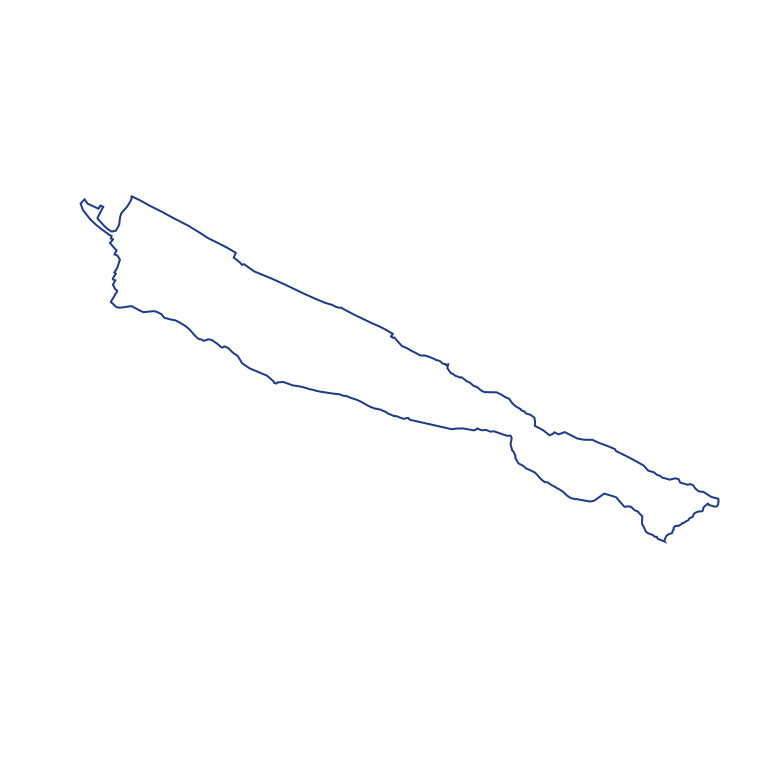 outline of Dragus, Brasov, Romania, rotated 297°
{"feature_id": "2599482B95636369250135", "entity_name": "Dragus", "entity_type": "district", "adm_level": 2, "iso_a3": "ROU", "parent_name": "Romania", "parent_adm1": "Brasov", "projection": "albers", "projection_center": [24.778, 45.701], "detail": "fine", "context": "isolated", "style": "outline", "palette": "blue", "viewbox_px": 768, "rotation_deg": 297, "n_neighbors": 0, "source": "geoboundaries", "source_scale": "gbopen_adm2", "svg_char_len": 6030}
<svg xmlns="http://www.w3.org/2000/svg" viewBox="0 0 768 768"><g transform="rotate(297 384 384)"><path d="M433.5,733.9L432.0,726.9L432.9,717.7L431.2,713.0L432.3,708.6L434.1,705.6L433.9,702.4L432.1,700.4L430.6,692.7L432.9,689.8L432.4,686.7L428.3,681.7L428.1,679.8L426.9,674.6L427.5,671.9L427.0,668.0L427.9,665.0L426.8,658.8L429.3,652.0L429.8,635.3L429.6,621.2L430.8,619.3L430.3,612.0L429.1,601.9L428.9,595.1L425.1,587.4L423.2,581.0L423.2,566.9L418.3,562.3L418.3,557.7L416.2,557.1L413.4,554.8L415.1,546.8L415.2,537.4L418.8,535.8L422.2,533.4L423.1,528.4L422.2,524.0L423.2,521.7L422.9,517.9L423.6,517.3L423.9,511.1L425.2,506.8L427.7,502.0L427.3,497.7L427.8,493.9L427.7,488.2L422.5,477.4L422.3,475.4L422.3,473.4L423.5,468.4L423.1,464.2L424.2,460.0L424.0,456.0L424.6,454.0L425.2,449.6L424.1,448.6L424.1,445.8L423.6,444.0L424.2,441.8L424.1,438.4L427.0,433.1L430.6,432.3L428.9,430.4L429.6,429.6L428.8,426.9L429.7,424.3L429.8,423.4L429.6,421.6L429.0,419.5L429.2,417.9L428.6,410.9L427.6,406.5L426.5,405.1L425.9,403.0L426.1,398.3L426.0,392.7L426.3,390.2L426.3,386.7L425.9,382.9L426.0,382.4L427.0,380.0L430.1,372.1L429.2,371.2L429.5,370.4L429.3,369.4L429.5,368.7L432.7,369.1L433.2,359.5L433.2,353.6L432.7,345.7L432.5,338.7L432.4,333.0L432.2,326.9L432.3,319.8L432.3,315.4L432.6,311.3L431.7,309.8L430.9,306.1L431.0,303.8L430.9,301.4L430.5,299.7L429.6,294.5L429.0,287.2L428.7,282.6L428.1,270.7L427.7,253.7L427.0,236.9L426.3,228.1L425.4,217.1L427.2,204.8L425.7,203.4L426.9,200.4L428.4,192.7L433.6,192.4L434.2,182.7L434.2,168.0L434.1,162.2L434.2,159.4L435.0,152.9L435.8,142.7L436.2,138.2L436.2,121.4L436.6,108.3L436.5,95.0L436.9,83.3L436.7,74.0L436.3,73.9L434.6,74.9L432.3,75.1L429.5,75.0L425.3,74.6L421.2,73.6L418.7,72.7L416.5,72.5L413.3,73.0L411.5,73.6L409.4,74.3L406.3,75.5L403.9,75.8L402.2,75.6L398.9,75.5L396.3,72.4L396.3,70.4L396.5,67.8L397.0,66.1L397.9,62.8L401.2,53.9L401.6,53.8L402.0,53.3L414.4,53.4L414.3,50.6L413.5,50.6L413.4,50.1L410.6,50.1L410.1,38.0L412.6,33.4L407.1,31.7L402.6,36.4L401.8,37.9L401.2,39.4L397.9,46.3L397.2,48.1L395.0,55.6L393.5,63.3L393.0,66.5L392.6,69.2L392.2,70.7L392.2,74.2L389.7,74.5L389.9,76.9L389.7,77.0L385.2,75.8L381.5,85.1L378.5,85.0L377.1,85.1L377.4,86.1L377.3,88.1L377.1,88.8L375.0,92.2L366.7,93.6L360.9,93.1L360.6,95.0L354.7,94.5L354.1,95.4L354.3,97.5L349.3,97.4L348.4,98.9L346.6,101.1L346.4,102.0L346.2,103.3L345.6,104.2L333.2,103.3L332.7,104.4L332.6,105.6L331.1,110.1L331.3,112.0L331.7,113.2L332.9,115.3L336.1,119.9L338.8,123.7L338.6,132.6L338.8,137.1L344.3,145.6L345.1,148.2L345.2,151.7L345.1,154.4L343.3,157.9L343.4,158.8L344.7,164.9L345.7,168.1L346.0,169.6L346.0,173.2L345.9,176.4L345.5,180.5L344.6,184.9L343.7,187.5L342.0,191.7L341.1,194.2L340.2,197.1L340.1,198.5L340.3,199.6L340.8,201.3L340.5,203.5L342.0,205.3L344.0,207.1L344.4,208.1L345.0,211.0L344.8,212.5L344.5,214.7L344.3,216.7L343.7,219.0L342.9,222.5L342.9,223.3L345.1,224.8L345.3,229.0L343.9,233.3L343.1,236.1L343.0,238.1L342.7,239.8L342.4,241.4L341.6,242.5L338.0,248.3L337.9,249.0L336.9,257.6L338.3,275.2L338.2,276.1L337.6,278.8L336.3,283.9L336.2,284.7L335.2,285.4L335.5,287.8L335.9,288.2L337.1,288.3L338.3,290.5L340.2,293.4L340.3,295.2L341.0,300.3L341.0,301.2L341.2,302.6L341.8,304.7L342.8,307.6L343.5,309.9L344.1,312.0L344.5,313.9L345.2,317.3L345.3,318.4L345.4,319.7L346.5,322.8L346.8,324.3L347.2,327.1L347.5,327.9L347.8,329.2L349.2,333.5L352.0,342.0L354.7,349.4L354.9,350.8L354.8,352.1L355.0,352.8L356.1,355.7L356.5,358.6L356.5,360.7L357.0,363.3L357.5,366.5L357.8,370.7L357.4,379.4L357.5,381.0L357.4,382.6L357.6,382.9L357.4,383.3L357.8,384.5L357.8,386.7L358.2,387.3L358.6,389.1L358.9,389.4L358.8,389.7L359.0,390.7L359.2,391.2L359.4,392.2L359.7,392.6L359.6,394.0L359.5,395.0L359.9,396.8L359.8,397.8L359.9,398.4L359.7,398.9L359.7,399.7L359.5,401.9L359.7,402.9L359.9,406.8L361.1,410.3L361.3,413.1L361.6,415.2L362.0,417.6L363.8,419.5L364.8,421.1L364.1,422.1L364.0,423.8L374.5,465.0L377.2,468.8L380.3,474.6L383.6,485.4L384.4,486.1L386.9,487.6L386.7,488.2L387.2,492.2L389.4,495.7L389.8,500.3L391.8,503.6L393.7,517.1L395.4,520.0L395.1,520.8L393.8,522.3L387.8,524.1L383.1,528.3L382.5,530.1L379.6,533.8L378.0,534.3L374.3,539.8L374.3,544.7L373.3,549.1L373.6,553.7L373.6,558.7L372.3,562.5L370.3,567.7L369.6,571.8L370.6,574.2L370.2,577.0L369.6,589.2L369.3,592.5L367.6,597.9L367.2,602.3L368.3,606.9L368.9,607.9L372.8,621.0L375.6,624.4L386.3,629.9L387.1,634.3L388.1,639.6L388.4,642.4L384.0,653.2L383.9,654.4L385.2,655.9L386.6,658.9L386.5,660.7L385.6,663.7L385.3,665.2L385.7,668.0L384.8,669.8L383.4,674.2L377.3,677.0L376.1,677.9L374.7,680.2L371.3,684.4L370.9,687.3L371.4,691.3L371.3,693.1L370.8,694.7L371.7,696.5L370.4,698.0L370.5,700.0L371.0,705.5L371.1,705.3L371.5,705.1L372.6,704.8L374.6,704.6L376.0,704.6L376.6,704.6L377.0,704.6L377.6,704.8L378.9,705.7L379.5,705.9L379.8,706.1L380.2,706.5L380.7,707.2L381.2,707.6L381.7,708.0L381.8,708.2L382.0,708.2L382.5,708.3L382.8,708.3L383.9,707.9L384.4,707.8L384.7,707.9L385.2,708.3L385.4,708.3L386.0,708.1L386.4,707.7L386.8,707.5L387.0,707.4L388.8,707.6L389.3,707.8L389.6,708.0L390.1,708.5L390.3,708.8L390.3,709.2L390.3,709.3L390.8,709.7L391.1,710.5L391.4,710.6L391.6,711.0L392.0,711.3L392.9,711.8L394.1,712.7L394.3,712.7L395.0,712.7L395.4,712.9L396.0,713.4L396.3,714.0L396.6,714.3L397.1,714.6L398.5,715.3L400.5,716.8L401.2,717.1L401.7,717.1L402.4,717.1L403.2,717.3L403.5,717.5L404.4,718.3L405.2,718.8L406.0,719.3L406.4,719.3L406.9,719.3L407.8,719.1L408.7,719.1L409.2,719.2L410.4,719.8L411.7,720.7L412.8,721.7L413.6,722.7L413.7,723.0L413.9,723.4L414.6,724.7L415.0,725.1L415.6,725.4L416.0,725.5L416.8,725.4L418.0,724.9L418.4,724.8L419.0,724.8L419.8,725.0L420.2,725.0L421.0,725.3L422.0,726.0L422.3,726.0L423.6,726.4L424.4,726.8L424.5,727.0L424.3,727.4L423.9,727.8L423.7,728.3L423.9,729.2L424.0,729.8L424.2,730.8L424.4,731.5L424.5,733.2L424.6,733.4L424.9,734.0L425.0,734.5L425.1,734.9L425.9,735.7L426.4,736.1L427.9,736.3L428.5,736.3L428.9,736.2L429.6,735.8L430.5,735.7L431.0,735.4L431.4,735.3L431.5,735.2L432.1,735.0L432.4,734.7L432.7,734.3L433.5,733.9Z" fill="none" stroke="#1e3a8a" stroke-width="2"/></g></svg>